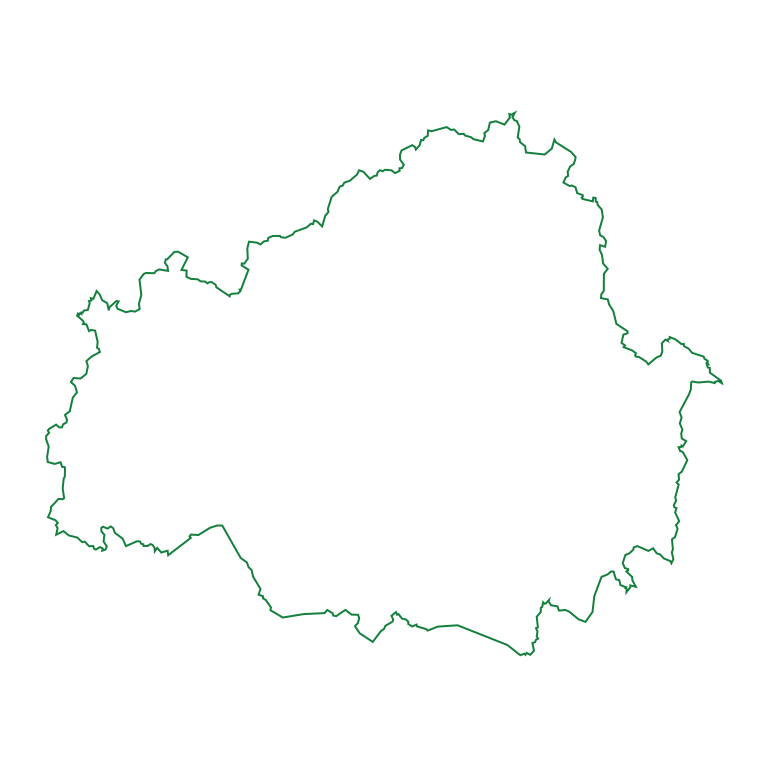 outline of Villa Purificación, Jalisco, Mexico
{"feature_id": "50627088B43158791534375", "entity_name": "Villa Purificación", "entity_type": "district", "adm_level": 2, "iso_a3": "MEX", "parent_name": "Mexico", "parent_adm1": "Jalisco", "projection": "orthographic", "projection_center": [-104.744, 19.824], "detail": "fine", "context": "isolated", "style": "outline", "palette": "green", "viewbox_px": 768, "rotation_deg": 0, "n_neighbors": 0, "source": "geoboundaries", "source_scale": "gbopen_adm2", "svg_char_len": 6033}
<svg xmlns="http://www.w3.org/2000/svg" viewBox="0 0 768 768"><path d="M703.6,356.6L692.0,352.8L688.7,348.7L684.0,346.1L683.8,343.9L681.6,344.2L675.3,339.3L669.7,337.1L669.7,338.6L667.2,339.8L667.7,340.9L665.4,339.6L661.9,343.3L662.3,351.5L660.8,355.6L656.2,357.7L648.3,364.4L646.1,361.5L638.8,356.9L636.0,356.7L635.1,355.6L635.9,353.2L632.1,350.4L623.6,347.1L625.0,345.4L621.5,342.9L623.4,334.6L627.5,333.3L627.5,331.3L616.4,323.9L613.3,311.1L609.0,304.2L607.8,299.4L601.0,298.1L601.3,294.3L603.8,290.9L603.9,273.8L607.7,268.8L603.1,263.4L602.0,255.0L599.6,249.7L600.1,245.1L605.1,246.8L606.1,241.1L603.4,237.0L600.2,235.3L599.1,230.6L602.9,217.4L601.7,209.5L597.7,205.0L597.2,202.0L595.8,201.7L595.6,198.0L593.3,197.6L592.8,201.4L582.4,198.9L581.6,197.7L582.9,196.6L582.7,195.1L577.2,193.1L575.5,187.2L571.8,185.5L569.6,186.0L563.4,182.5L565.7,177.5L568.1,175.9L567.7,171.8L570.1,166.5L573.7,164.0L575.1,160.0L575.6,157.0L570.9,151.8L556.0,142.4L554.4,139.6L551.8,148.6L544.7,154.5L526.0,152.5L525.1,146.1L520.0,142.1L519.7,139.3L517.7,137.5L519.4,126.6L516.8,121.1L514.4,120.2L512.4,117.3L514.8,112.8L511.4,114.7L509.3,114.1L509.9,117.5L504.5,124.6L495.9,121.2L489.9,122.6L488.2,130.0L484.3,133.2L485.0,135.9L482.9,141.5L473.2,139.1L471.3,137.3L464.8,135.4L463.8,133.8L458.9,134.2L454.1,129.5L450.9,129.9L446.7,127.1L431.6,131.2L428.1,130.4L427.7,135.9L424.3,137.9L423.3,140.2L421.0,140.0L419.7,145.2L415.9,149.5L415.0,147.0L412.2,145.2L401.6,150.4L400.0,154.6L400.1,159.6L403.8,164.8L402.1,168.0L399.5,168.3L399.6,170.9L395.0,173.1L391.5,170.3L385.0,169.8L382.6,171.3L379.9,170.2L377.6,172.4L376.8,175.6L374.3,175.9L370.0,178.9L363.4,171.8L359.1,170.3L356.9,174.7L349.7,180.8L344.3,182.6L342.8,185.5L339.6,186.7L337.6,191.7L331.7,196.8L327.8,209.0L328.5,212.0L325.3,215.5L322.2,226.4L317.1,221.5L314.0,220.4L313.1,224.1L310.9,223.7L306.7,227.4L294.8,231.7L292.7,234.5L285.4,237.8L280.8,237.2L279.9,235.9L272.6,236.0L268.3,237.8L267.8,240.7L264.0,241.4L260.5,244.4L256.7,242.6L249.0,241.7L247.3,248.4L247.8,258.7L244.2,263.7L241.8,263.4L241.6,265.4L248.5,269.7L241.0,289.5L239.7,289.6L240.4,291.1L238.3,293.3L231.8,293.8L229.9,294.8L229.7,296.3L216.4,287.3L215.7,284.9L212.1,282.3L209.3,282.1L207.4,283.4L205.4,281.6L200.4,281.3L197.8,279.3L190.9,278.9L186.4,276.8L186.6,270.6L181.5,269.9L187.8,257.3L178.1,251.7L174.4,251.9L167.2,259.3L165.8,259.3L164.9,262.8L167.5,266.4L168.0,270.9L159.3,269.4L156.0,270.9L154.3,273.2L145.9,273.0L143.7,274.0L139.5,279.6L141.3,294.9L138.9,304.0L139.7,309.0L135.1,311.6L131.1,311.0L125.9,312.2L117.6,308.8L116.2,305.7L118.6,301.4L116.5,301.0L109.4,307.3L108.8,310.3L107.2,303.2L102.1,300.1L99.8,294.7L96.6,291.0L93.4,298.8L90.9,298.2L91.4,300.5L88.9,301.1L89.7,303.1L87.9,309.8L83.7,310.7L82.9,312.5L81.3,312.5L81.4,314.0L80.0,313.3L79.1,314.8L77.9,313.6L77.1,315.7L82.9,320.7L83.8,322.5L83.0,324.1L86.3,324.3L89.1,331.1L90.9,330.0L95.1,330.6L97.7,342.0L97.0,347.7L98.8,348.8L99.9,352.0L91.5,356.6L86.4,361.1L87.9,366.2L86.3,373.9L80.6,378.5L73.6,378.0L70.9,382.1L75.0,385.7L77.0,392.3L72.8,397.6L69.8,411.2L65.0,414.9L67.1,420.1L66.3,422.6L63.0,424.4L62.1,427.3L59.3,427.4L56.1,424.6L49.1,428.9L47.8,430.5L49.1,432.8L46.2,436.0L46.1,439.2L48.7,446.6L47.1,456.9L47.8,462.0L54.6,463.9L60.5,462.3L62.2,466.9L64.7,467.1L65.0,468.5L64.8,476.9L63.7,478.5L62.7,488.4L64.1,498.2L62.8,499.2L58.5,498.9L51.0,507.0L50.7,511.0L48.0,517.3L55.5,520.2L57.8,523.0L55.8,525.1L57.6,528.1L56.2,534.7L63.5,531.1L68.7,535.4L77.4,537.6L82.2,542.2L84.7,541.6L89.1,546.2L93.3,546.1L94.0,548.6L95.8,549.6L99.9,547.1L102.8,548.5L102.2,550.7L105.3,549.7L106.8,546.6L103.6,541.4L104.4,534.8L101.4,531.4L101.3,528.0L102.8,526.7L107.7,528.6L110.7,526.4L113.3,528.3L114.8,532.8L122.6,538.6L126.0,546.1L136.8,541.3L139.9,541.4L141.0,543.6L143.3,544.3L143.4,545.9L147.4,546.0L150.5,544.1L152.5,544.9L154.6,547.9L154.8,551.3L157.2,547.9L161.3,552.5L167.6,550.7L168.2,555.2L190.8,537.9L189.5,536.5L190.9,534.6L198.4,535.0L210.0,527.8L217.1,525.5L222.3,525.6L240.7,558.0L246.9,562.5L248.6,567.2L251.6,570.1L253.1,576.7L260.5,588.9L258.6,594.7L263.1,596.3L263.0,598.3L265.8,600.0L271.0,607.5L270.4,610.2L282.8,617.5L303.7,614.1L324.6,613.1L327.2,610.0L332.7,613.3L333.3,615.5L336.1,616.2L345.4,609.9L351.5,614.6L358.1,614.8L359.2,618.2L357.9,623.1L355.1,626.0L355.7,627.3L359.8,633.4L372.8,641.9L380.8,631.2L383.9,629.1L385.4,625.8L392.5,621.7L393.2,619.7L391.5,615.8L396.0,612.1L397.1,614.7L398.5,614.1L402.0,618.6L405.9,619.5L408.3,621.7L408.2,623.9L412.2,626.5L416.6,624.6L417.0,626.4L426.2,629.1L427.7,630.6L437.8,626.6L457.6,625.3L507.4,645.0L520.3,655.2L524.3,653.7L525.4,654.8L526.6,652.9L530.2,654.8L534.0,650.7L532.4,643.0L535.0,642.2L536.2,639.5L538.1,638.7L536.7,636.3L537.5,631.5L536.0,628.2L537.9,627.3L536.7,616.8L540.7,612.1L540.8,607.8L542.3,606.7L543.1,602.3L544.5,603.8L545.7,603.4L549.0,600.0L548.6,601.6L551.1,605.3L557.4,606.3L559.0,610.6L565.3,610.0L569.0,611.5L578.7,619.4L585.5,621.9L592.5,612.0L594.3,596.1L601.5,576.9L607.7,574.4L610.8,571.6L613.5,571.5L615.9,579.2L619.3,580.2L620.4,585.1L626.2,587.3L625.4,588.1L626.7,589.1L626.5,592.2L630.3,587.3L630.3,585.4L635.9,586.8L632.4,580.4L632.1,576.9L626.4,571.5L628.3,570.2L628.0,569.0L624.9,568.1L622.7,563.2L625.4,554.9L629.1,553.5L633.3,549.7L633.7,547.5L637.4,546.1L648.4,550.9L653.1,548.3L656.7,553.3L660.2,554.5L663.7,558.4L670.3,561.1L671.4,563.3L673.4,558.9L671.8,552.5L672.9,549.4L672.0,539.3L675.0,537.1L677.6,528.7L676.0,525.2L679.2,521.2L675.1,512.3L676.5,508.2L674.3,507.2L673.8,505.2L676.1,500.7L675.2,497.4L678.7,484.5L676.6,482.5L679.0,479.7L678.6,474.1L681.8,471.7L687.3,460.2L682.9,452.1L680.0,450.8L678.6,447.2L681.2,446.9L681.5,445.6L682.8,446.5L686.2,441.1L681.8,438.5L681.2,433.6L682.4,429.7L679.8,423.3L681.6,417.6L679.6,412.0L688.9,394.5L690.8,389.5L691.2,382.5L692.3,381.5L698.2,382.5L708.8,381.6L714.7,383.1L714.9,381.9L718.2,381.0L721.9,383.2L721.1,380.7L709.9,372.7L709.8,367.9L707.8,367.5L706.7,364.3L708.2,364.3L706.1,362.0L707.6,362.8L707.7,360.8L704.6,358.9L703.6,356.6Z" fill="none" stroke="#15803d" stroke-width="2"/></svg>